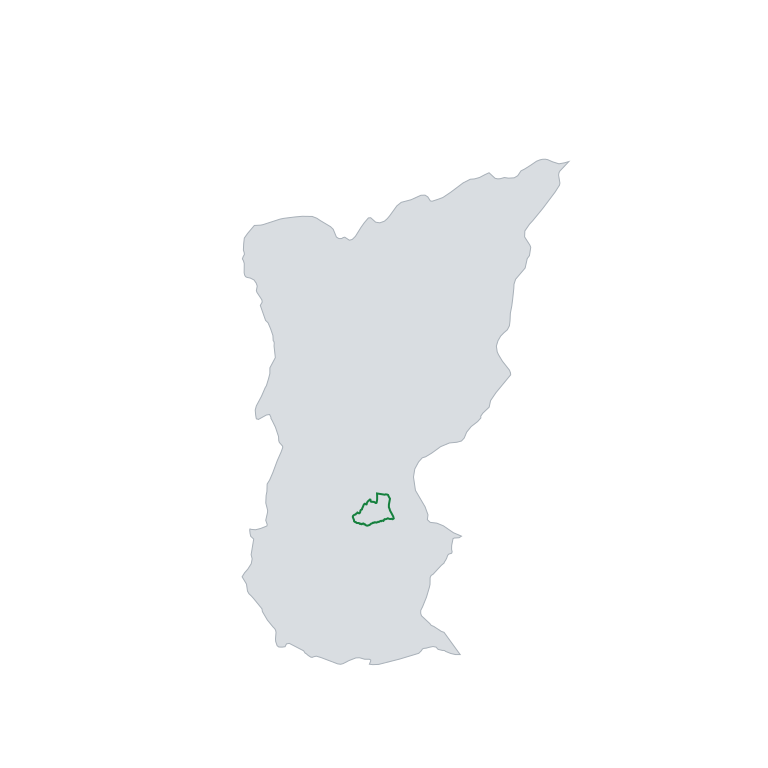 Bogangolo, Ombella-M'Poko, Central African Republic (highlighted), rotated 297°
{"feature_id": "33826404B36599130273361", "entity_name": "Bogangolo", "entity_type": "district", "adm_level": 2, "iso_a3": "CAF", "parent_name": "Central African Republic", "parent_adm1": "Ombella-M'Poko", "projection": "albers", "projection_center": [18.123, 5.472], "detail": "fine", "context": "in_parent", "style": "outline", "palette": "green", "viewbox_px": 768, "rotation_deg": 297, "n_neighbors": 0, "source": "geoboundaries", "source_scale": "gbopen_adm2", "svg_char_len": 5760}
<svg xmlns="http://www.w3.org/2000/svg" viewBox="0 0 768 768"><g transform="rotate(297 384 384)"><path d="M518.6,293.2L524.9,294.7L526.1,296.7L524.4,303.1L525.7,307.1L529.3,310.5L532.9,311.9L536.4,312.7L548.6,314.6L553.7,316.9L560.4,324.4L568.9,331.2L570.9,334.8L570.6,338.1L568.2,342.1L568.6,343.8L572.5,347.7L576.9,351.8L585.0,356.3L599.1,363.2L605.6,367.9L607.8,371.5L611.4,375.4L616.5,379.0L619.9,381.7L617.7,389.6L618.4,392.2L619.7,394.4L622.6,397.5L623.9,401.4L626.8,406.4L630.3,408.6L636.1,409.3L639.2,411.6L645.6,415.4L651.8,418.8L654.4,421.1L656.1,423.1L657.5,425.6L658.2,428.0L658.5,433.3L659.6,439.9L663.0,444.4L666.1,447.7L653.5,444.0L651.6,444.0L649.4,444.7L642.9,449.5L640.8,450.1L632.6,449.3L612.6,445.8L597.1,442.4L592.5,441.1L584.3,440.0L578.9,442.5L573.9,451.0L572.4,452.7L564.4,455.3L560.7,454.7L551.4,457.1L537.1,453.7L532.0,454.5L528.0,456.3L517.8,460.2L511.6,462.4L504.3,464.5L497.5,467.6L492.8,469.3L488.3,469.3L484.2,467.6L479.7,466.2L474.3,465.9L468.8,466.9L464.0,470.3L462.1,472.7L458.1,479.1L453.3,489.5L451.4,491.6L449.7,492.7L427.2,487.7L417.6,486.5L411.1,488.2L402.9,485.3L399.3,484.8L397.7,485.7L393.1,484.5L385.7,481.0L378.6,479.5L372.3,480.0L368.4,478.9L365.2,475.4L361.2,469.1L353.9,462.9L344.1,457.9L338.0,454.1L335.6,451.6L330.3,450.2L322.3,450.0L314.5,452.5L303.5,460.3L293.2,476.4L287.4,482.6L282.8,484.2L281.7,488.0L284.0,494.2L284.6,501.3L283.0,513.3L283.6,522.1L281.1,520.7L278.7,516.6L277.6,515.7L270.8,517.6L267.3,519.3L265.4,520.9L263.9,521.1L261.8,518.9L260.1,518.5L257.4,518.9L254.7,518.9L252.9,518.6L251.7,518.8L248.5,517.4L236.8,514.1L234.8,512.9L232.4,513.0L226.3,516.0L223.1,516.8L213.4,518.6L203.0,519.5L199.0,519.5L196.3,520.8L194.5,522.6L191.3,533.7L190.4,535.6L190.6,538.4L189.6,547.4L190.0,550.2L177.5,574.7L175.4,570.6L174.2,565.8L173.7,560.3L174.0,558.8L173.2,557.2L172.1,552.7L173.2,549.8L172.3,546.8L169.9,543.8L167.8,541.5L166.5,539.5L165.4,538.6L163.0,538.3L159.8,537.2L146.0,522.8L131.7,506.5L128.8,501.3L127.7,498.2L131.2,497.9L132.1,497.4L132.1,495.9L130.0,491.8L129.0,486.5L127.2,483.3L121.6,478.3L116.3,474.5L114.6,472.6L113.6,469.8L111.7,452.3L110.8,447.3L109.1,445.2L107.9,444.2L107.4,442.9L107.7,439.8L108.4,437.0L108.4,435.9L109.8,433.5L109.9,417.4L108.2,415.1L105.0,415.1L103.3,412.7L101.9,409.7L102.3,407.6L105.4,404.4L107.5,403.1L113.6,400.6L115.3,399.3L116.4,397.7L117.1,395.5L120.7,387.3L126.0,379.0L128.3,377.3L133.7,365.1L134.9,362.0L135.8,358.9L137.5,356.4L143.3,352.3L147.8,345.1L152.5,345.5L157.3,346.7L163.6,347.3L168.4,345.9L171.6,343.1L186.7,338.3L187.8,334.4L190.2,332.4L193.0,330.6L194.0,330.4L194.2,331.7L195.8,335.7L199.3,339.7L204.3,344.1L205.7,343.8L208.9,340.5L216.8,338.5L218.7,337.6L224.3,332.7L231.1,329.6L235.0,328.5L241.8,325.3L246.6,325.7L254.4,325.2L267.3,323.7L276.7,323.2L281.4,322.6L282.6,321.9L284.4,317.3L285.8,315.9L289.3,313.9L296.2,306.9L300.7,300.9L302.1,298.8L303.0,298.4L304.9,295.9L303.0,293.3L295.3,288.1L295.4,287.4L295.0,286.5L295.4,285.7L298.3,283.6L302.3,281.1L306.5,280.2L317.5,280.4L326.9,279.8L329.1,280.0L336.4,278.7L341.4,277.6L346.6,275.0L358.2,275.2L367.9,268.8L370.7,267.6L371.9,266.6L372.3,265.6L376.8,263.0L381.9,257.7L385.9,252.9L386.9,249.6L397.9,238.1L401.7,238.3L403.6,236.9L407.9,229.3L409.2,227.9L413.7,226.6L415.9,224.3L417.7,220.9L417.7,216.8L416.8,213.5L416.8,211.9L417.8,210.4L419.6,208.9L427.9,204.8L430.0,202.8L431.2,201.0L433.6,200.7L436.1,200.8L437.7,199.7L439.5,197.9L445.3,195.3L450.6,193.3L456.2,194.1L466.4,196.5L469.5,201.9L471.0,203.8L483.7,216.5L486.1,219.5L492.4,228.8L496.3,235.0L500.7,244.0L501.2,248.9L500.7,253.1L499.9,265.0L498.8,268.5L493.3,274.9L493.1,277.8L494.3,280.2L496.0,281.2L497.0,282.4L496.4,287.9L498.4,290.1L502.6,291.5L513.1,292.4L518.6,293.2Z" fill="#d9dde1" stroke="#a8b0b8" stroke-width="1"/><path d="M283.3,427.5L281.7,428.4L280.4,429.1L278.0,430.3L276.6,430.8L275.6,431.0L275.0,431.3L274.6,431.2L274.4,431.0L274.2,430.7L274.2,430.2L274.4,429.7L274.4,429.3L274.4,428.9L274.4,428.4L274.0,427.9L273.9,427.3L273.6,426.8L273.5,426.6L273.3,426.1L273.3,425.7L273.5,425.5L273.9,425.1L274.0,425.0L274.8,424.4L274.7,423.9L271.8,422.8L271.2,422.8L270.1,422.8L269.9,422.8L269.3,423.1L268.8,423.1L268.6,422.8L268.6,422.3L268.7,421.7L268.6,421.2L267.9,420.9L267.4,420.8L266.6,420.8L265.8,420.9L264.6,421.0L263.3,421.0L262.3,421.3L262.1,421.2L261.7,420.9L261.3,420.6L261.0,420.5L260.6,420.5L260.1,420.6L259.5,420.8L258.8,421.0L258.4,421.0L257.7,420.7L257.4,420.5L257.4,419.8L257.4,418.7L257.1,418.7L256.7,418.7L256.3,418.4L256.0,418.1L255.5,418.0L254.8,417.9L254.1,417.0L252.6,416.3L251.4,416.5L250.4,417.6L249.2,419.0L248.1,419.7L247.9,420.7L247.9,421.0L248.1,421.2L248.1,421.5L248.1,421.9L248.0,422.0L247.8,422.4L247.8,422.7L247.9,423.2L248.1,423.5L248.4,424.1L248.6,424.5L248.6,424.8L248.8,425.4L248.5,425.6L248.5,425.8L248.4,426.1L248.7,426.6L249.0,427.0L248.8,427.4L248.9,427.8L249.2,428.1L249.6,428.3L249.9,428.4L250.3,428.8L250.4,429.1L250.2,429.8L249.9,430.2L250.0,430.5L250.3,430.7L250.0,431.7L249.9,432.5L250.3,433.6L251.7,435.0L252.1,435.3L252.7,435.5L253.7,435.9L254.1,436.4L254.7,436.8L255.2,437.0L255.6,437.3L255.6,437.9L256.0,438.2L256.6,438.5L256.7,438.8L256.9,439.2L256.9,439.9L257.1,440.2L257.4,440.3L257.8,440.8L257.9,441.0L258.3,441.4L258.6,441.4L258.9,442.1L259.3,442.5L260.0,442.8L260.4,443.0L260.6,443.4L260.6,443.9L261.1,444.1L261.5,444.5L261.6,444.9L261.7,445.6L262.1,445.7L262.5,445.7L263.1,445.7L263.8,445.9L263.9,446.3L264.4,447.0L264.8,447.4L265.1,447.7L265.5,448.0L265.8,448.1L266.1,448.4L266.2,449.9L266.6,451.0L267.3,451.9L267.3,452.8L267.6,453.2L268.6,453.7L270.1,452.4L272.1,449.6L274.0,446.8L275.3,445.6L276.4,444.3L278.8,443.1L284.5,441.4L286.0,439.1L287.0,438.0L286.9,436.9L286.4,435.5L285.7,434.9L283.3,427.5Z" fill="none" stroke="#15803d" stroke-width="2"/></g></svg>